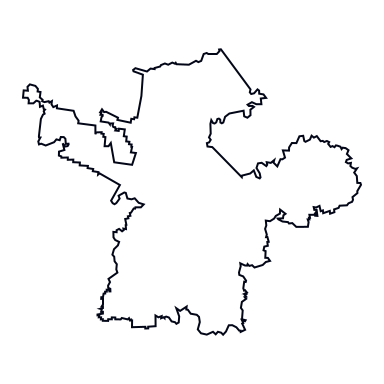 the district of San Juan Evangelista, Veracruz, Mexico, rotated 180°
{"feature_id": "50627088B44496108616070", "entity_name": "San Juan Evangelista", "entity_type": "district", "adm_level": 2, "iso_a3": "MEX", "parent_name": "Mexico", "parent_adm1": "Veracruz", "projection": "mercator", "projection_center": [-95.168, 17.762], "detail": "fine", "context": "isolated", "style": "outline", "palette": "ink", "viewbox_px": 384, "rotation_deg": 180, "n_neighbors": 0, "source": "geoboundaries", "source_scale": "gbopen_adm2", "svg_char_len": 5975}
<svg xmlns="http://www.w3.org/2000/svg" viewBox="0 0 384 384"><g transform="rotate(180 192 192)"><path d="M133.5,294.6L163.1,334.7L164.9,334.5L164.5,332.9L167.2,330.0L175.7,330.0L177.4,331.0L180.3,330.0L182.8,323.1L185.6,321.9L188.0,323.2L195.1,319.3L207.5,319.8L208.3,321.2L209.1,320.3L211.7,321.4L215.8,319.3L219.1,320.5L223.1,318.9L223.8,317.5L229.4,316.0L229.4,314.9L233.5,315.4L237.0,312.5L248.6,315.8L250.9,314.0L250.5,312.7L241.1,309.3L242.6,288.0L246.7,266.3L249.6,266.7L249.9,264.8L252.7,265.2L253.3,261.3L266.6,264.1L266.0,266.3L277.9,272.2L279.9,271.9L282.0,274.7L283.8,271.7L282.6,271.5L283.5,269.2L281.4,269.1L281.3,268.1L282.5,266.8L283.3,262.6L275.4,261.4L274.1,259.6L274.0,260.5L270.9,260.6L271.4,258.4L270.6,256.9L268.8,256.8L268.7,255.4L267.5,255.2L268.6,253.5L265.3,253.1L265.0,255.3L259.2,254.6L260.2,247.8L257.3,247.4L257.8,242.6L254.6,242.2L255.0,239.8L252.4,239.5L252.7,237.2L251.9,237.1L253.1,231.6L248.1,231.0L251.9,219.2L269.8,221.7L273.2,241.0L275.5,237.8L279.4,237.8L278.6,246.9L280.7,247.2L280.3,250.1L282.6,250.4L282.4,251.8L287.8,251.6L288.6,249.8L288.6,258.5L305.8,260.7L305.4,263.3L308.5,267.6L310.4,273.2L327.1,275.7L327.0,278.5L330.7,276.9L332.5,279.7L332.1,282.9L334.6,281.4L335.3,282.8L339.6,281.9L341.8,282.8L341.4,284.2L344.2,286.6L343.5,292.0L346.4,292.5L346.1,295.1L348.6,298.1L354.1,299.6L356.5,297.2L356.1,293.3L360.3,293.6L361.0,286.3L356.3,286.2L355.1,284.0L355.4,280.7L350.6,280.7L347.7,283.3L346.7,283.1L344.4,282.1L344.0,277.2L341.1,278.4L340.2,274.9L339.0,274.4L340.3,272.8L339.4,270.3L341.0,269.4L343.1,265.1L345.1,247.7L345.0,246.6L343.6,246.5L345.7,242.6L345.0,239.6L342.8,240.3L338.3,238.5L329.9,241.8L327.6,244.6L324.3,243.8L323.2,247.0L320.2,246.9L318.6,245.2L318.2,240.1L315.5,240.3L315.4,239.5L316.4,237.9L318.7,237.5L321.3,240.6L319.6,234.0L325.0,232.4L325.1,228.4L322.7,227.6L322.6,226.3L316.2,226.5L316.2,224.2L310.7,224.4L310.8,221.8L304.1,221.5L304.3,218.6L296.1,218.1L296.4,215.9L290.8,215.0L291.2,212.8L285.6,211.9L285.9,209.4L284.4,210.6L264.1,199.0L272.9,183.3L271.3,180.8L269.5,179.8L267.7,180.9L264.4,185.4L265.4,188.3L259.7,191.5L258.2,191.1L256.6,185.5L252.5,184.7L249.3,185.7L245.3,181.2L240.3,179.6L243.1,176.7L248.6,176.7L248.9,175.4L250.3,175.5L253.0,171.3L254.2,171.0L253.6,168.2L256.1,167.7L255.6,165.7L258.8,165.0L257.6,159.1L258.3,158.9L258.0,154.9L260.6,155.4L260.3,153.9L261.9,152.7L264.9,155.1L267.4,153.8L267.4,151.8L270.6,152.1L270.5,146.6L268.8,144.0L264.9,142.1L266.1,138.6L270.0,134.8L271.6,129.3L269.8,127.3L269.4,122.7L267.2,119.8L267.7,114.6L266.6,111.4L275.5,105.1L274.0,101.9L275.9,98.4L275.8,96.2L273.7,95.2L273.6,92.6L274.6,92.6L274.7,94.1L277.3,94.3L277.2,92.4L278.9,92.3L278.8,90.5L280.4,90.4L281.0,86.9L282.7,86.8L282.8,85.1L281.0,85.1L281.0,79.6L282.2,77.7L281.1,77.7L281.1,75.9L283.8,75.2L282.2,74.7L282.9,72.2L281.1,72.2L281.1,70.4L286.5,69.5L286.5,68.6L284.7,68.6L285.2,66.7L282.9,66.7L283.1,64.6L281.2,64.8L281.2,63.2L275.9,63.1L275.8,64.8L272.2,64.7L272.2,66.6L268.7,66.5L268.7,64.7L263.3,64.6L262.2,66.0L256.3,64.6L255.0,65.8L254.4,64.2L253.3,64.4L253.6,63.5L251.9,63.6L252.0,56.8L238.7,57.2L238.7,55.5L235.8,55.6L235.8,57.3L228.4,57.8L228.5,68.5L225.6,66.7L222.4,67.9L222.8,65.8L220.5,66.7L219.5,65.8L219.5,66.8L217.8,67.4L215.1,66.5L212.4,62.6L209.0,61.8L207.6,60.2L205.3,61.5L204.8,67.6L207.7,75.8L203.9,73.1L197.4,77.4L197.7,74.5L196.1,74.2L193.3,70.3L187.2,69.2L185.0,67.1L184.2,61.9L186.2,54.6L183.0,50.7L177.2,49.4L171.0,52.2L168.3,49.7L166.1,52.2L162.8,51.3L160.9,49.3L158.0,52.5L155.2,58.7L151.7,58.8L147.6,56.7L144.7,53.3L143.4,53.3L143.3,52.1L138.9,54.2L141.8,60.4L140.7,60.9L142.1,63.9L139.0,62.8L138.4,63.8L142.0,64.7L141.3,73.6L143.1,76.1L142.1,82.1L137.8,85.2L139.3,86.9L137.8,87.3L139.3,89.2L136.7,90.3L138.9,90.5L137.0,91.4L139.0,93.8L139.9,93.4L140.7,95.7L139.8,102.3L138.3,102.0L137.9,103.3L140.8,107.6L144.7,109.1L145.0,111.5L143.3,117.8L143.7,120.7L139.0,118.5L136.9,118.4L136.4,119.9L134.7,118.1L131.9,118.8L129.5,116.5L121.3,119.0L118.2,122.0L114.0,123.1L116.1,126.1L118.7,126.2L118.4,132.9L120.5,133.7L119.7,137.4L116.2,138.2L116.7,142.0L115.3,142.2L116.6,147.0L117.9,146.9L117.2,149.4L118.9,155.1L117.7,158.6L118.2,163.4L114.0,162.8L109.9,165.4L108.2,168.1L104.1,170.4L103.9,174.4L98.5,170.2L100.6,168.7L101.0,165.7L106.2,165.4L105.7,164.7L101.5,162.5L96.0,161.9L95.0,160.5L91.7,160.9L87.7,157.1L76.1,157.2L75.4,161.9L76.3,164.6L74.6,164.6L75.0,166.2L74.0,166.2L74.6,169.2L69.9,169.2L68.5,171.2L68.8,168.3L66.6,168.1L67.4,174.1L69.7,174.1L70.3,176.9L67.9,176.5L64.5,178.1L63.3,172.8L61.1,173.6L60.8,170.8L54.2,173.1L53.9,170.3L49.6,171.8L49.9,174.6L45.4,176.1L44.4,178.3L37.0,178.7L35.5,180.7L31.9,182.2L31.0,184.2L31.5,186.9L26.6,190.9L26.7,192.9L23.0,199.2L23.6,201.0L26.7,201.1L27.2,208.0L29.8,211.4L27.0,215.6L28.7,215.1L31.8,216.3L33.6,218.0L33.1,221.1L35.9,220.6L38.1,221.9L37.3,224.1L32.7,225.6L37.1,230.0L35.5,233.8L38.4,235.9L41.3,236.3L42.4,234.9L43.6,237.3L46.5,238.3L48.1,238.6L49.5,236.8L51.5,237.9L53.4,237.1L55.8,240.1L54.8,241.9L57.1,243.0L59.8,242.0L61.2,243.1L63.4,242.8L67.2,247.9L70.1,246.4L72.4,248.3L74.1,244.4L78.5,242.2L79.7,243.0L80.8,248.2L84.6,247.7L87.6,240.9L92.1,241.0L94.9,236.6L95.0,233.4L101.1,233.6L99.0,226.4L101.6,224.7L103.5,224.8L106.7,217.6L110.5,221.4L109.8,223.9L113.2,221.1L117.3,221.8L116.8,219.2L117.7,217.9L122.3,221.2L126.0,220.6L127.5,216.0L124.3,210.7L123.5,206.6L124.3,205.6L127.7,207.1L130.2,213.6L133.8,210.5L142.0,208.4L142.2,206.8L171.7,236.9L176.5,237.5L177.1,240.9L174.9,241.6L173.3,244.2L175.0,246.6L173.3,250.3L173.6,260.1L172.7,263.9L170.9,260.9L169.4,260.5L167.8,261.6L166.6,265.0L165.1,265.4L163.8,264.4L163.6,261.5L162.2,260.7L160.7,261.5L158.9,267.2L154.6,270.5L140.4,273.3L139.8,267.7L136.6,266.3L133.5,268.8L133.6,274.3L130.0,277.1L131.5,278.1L135.1,278.0L136.4,279.3L132.1,281.8L127.7,279.8L122.6,279.8L123.2,285.5L117.9,286.1L120.5,289.6L124.8,290.3L124.9,293.4L126.5,294.6L129.9,290.7L132.8,290.0L134.2,291.7L133.5,294.6Z" fill="none" stroke="#020617" stroke-width="2"/></g></svg>